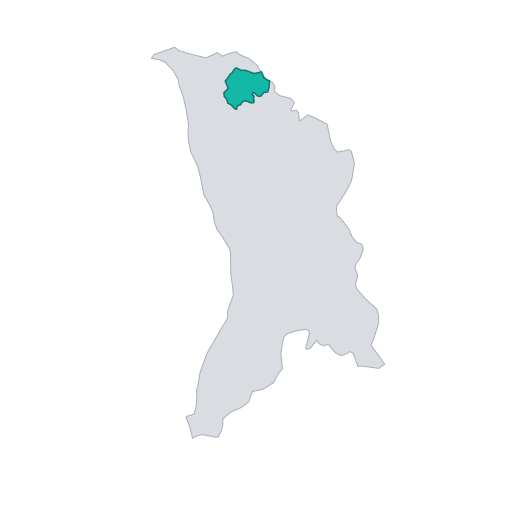 Donduseni on a map of Moldova (Mercator projection), rotated 15°
{"feature_id": "MDA-1614", "entity_name": "Donduseni", "entity_type": "District", "adm_level": 1, "iso_a3": "MDA", "parent_name": "Moldova", "parent_adm1": "", "projection": "mercator", "projection_center": [27.772, 48.214], "detail": "fine", "context": "in_parent", "style": "filled", "palette": "teal", "viewbox_px": 512, "rotation_deg": 15, "n_neighbors": 0, "source": "natural_earth", "source_scale": "10m", "svg_char_len": 2581}
<svg xmlns="http://www.w3.org/2000/svg" viewBox="0 0 512 512"><g transform="rotate(15 256 256)"><path d="M103.7,92.0L105.6,87.6L123.5,75.4L128.1,77.4L137.5,77.9L156.6,77.5L166.0,69.5L171.8,71.7L176.5,68.1L184.4,63.6L185.5,64.5L186.5,65.3L198.7,67.3L207.9,71.6L214.0,78.3L220.3,82.4L226.8,84.0L230.4,87.3L231.2,92.4L237.2,94.9L248.7,94.8L253.6,98.1L251.8,104.8L253.0,107.0L257.1,104.7L260.2,106.7L261.8,111.7L263.6,114.0L269.5,106.3L275.7,107.0L290.6,110.3L298.6,126.3L303.5,132.1L307.9,134.5L313.4,132.0L318.3,129.0L321.1,130.4L327.1,141.0L328.5,154.9L328.5,160.5L326.3,169.9L323.3,179.9L320.9,186.4L321.9,191.6L324.1,196.0L327.6,197.4L339.1,206.2L343.5,212.3L349.7,216.8L354.5,217.1L357.0,219.6L357.8,222.7L357.2,230.5L354.5,237.9L354.9,242.6L359.1,248.1L359.5,254.6L359.8,258.7L362.0,261.9L372.6,269.0L386.3,275.9L389.8,281.8L391.9,289.2L391.3,301.7L390.4,312.5L408.3,327.1L406.2,329.8L403.5,332.8L386.3,335.0L382.9,336.2L375.4,325.3L371.5,323.9L367.8,327.9L363.5,330.2L358.3,329.1L352.8,325.7L350.0,323.3L347.7,323.0L344.3,325.4L339.6,324.4L336.6,321.6L332.3,331.0L329.6,332.9L327.9,332.6L327.6,316.8L326.4,314.4L322.9,314.1L314.5,317.8L306.6,322.7L303.9,327.0L304.2,334.8L305.3,344.0L310.7,358.1L307.8,364.2L305.7,373.9L297.2,382.8L287.5,388.0L286.7,398.6L281.4,405.8L272.2,413.1L266.1,421.8L267.7,427.7L268.0,433.3L267.0,437.1L266.8,440.1L264.4,441.4L250.4,442.5L246.4,444.3L241.9,448.4L237.6,440.6L233.2,433.7L230.0,430.0L231.3,428.3L234.8,426.4L237.3,424.1L237.0,415.9L235.2,406.5L233.5,401.9L233.3,394.7L232.1,383.6L233.8,362.8L240.8,336.6L244.7,323.6L242.8,316.4L244.2,299.7L241.2,291.4L236.5,280.5L229.7,256.9L221.2,248.7L210.8,239.6L206.3,232.7L203.4,225.2L197.1,217.6L190.0,210.7L181.5,193.4L177.1,185.6L175.7,183.5L166.0,172.3L160.9,162.2L158.3,154.0L156.8,146.3L149.9,131.1L143.7,119.6L137.8,111.4L135.1,105.7L128.2,98.4L118.3,92.5L111.9,91.5L103.7,92.0Z" fill="#d9dde1" stroke="#a8b0b8" stroke-width="1"/><path d="M213.5,76.6L214.5,78.0L215.2,78.6L217.1,81.6L220.6,83.0L223.8,83.4L223.8,83.5L224.9,89.0L224.9,94.5L221.2,96.1L219.3,100.4L216.2,101.1L213.4,99.4L210.7,98.6L210.6,101.1L212.7,102.1L212.9,104.1L213.2,105.7L214.1,106.6L213.9,108.7L210.8,109.4L207.4,108.8L204.0,109.5L202.6,111.3L202.1,113.8L200.4,114.8L198.9,116.2L199.0,117.6L199.5,118.9L198.2,119.5L196.4,118.7L192.8,116.5L189.2,115.6L187.0,112.1L184.1,110.2L182.7,106.6L184.9,102.9L185.5,101.6L184.7,99.8L181.0,95.0L182.1,92.7L184.0,87.3L185.6,85.0L186.6,81.6L188.1,79.4L193.5,80.5L197.7,79.4L206.9,80.2L211.5,78.0L213.5,76.6L213.5,76.6Z" fill="#14b8a6" stroke="#0f766e" stroke-width="1.5"/></g></svg>